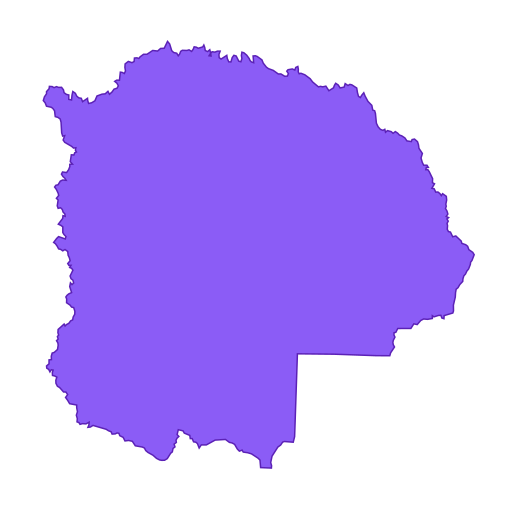 Padre Bernardo, Goiás, Brazil (Natural Earth projection), rotated 2°
{"feature_id": "56859067B81669958335053", "entity_name": "Padre Bernardo", "entity_type": "district", "adm_level": 2, "iso_a3": "BRA", "parent_name": "Brazil", "parent_adm1": "Goiás", "projection": "natural_earth1", "projection_center": [-48.332, -15.373], "detail": "fine", "context": "isolated", "style": "filled", "palette": "violet", "viewbox_px": 512, "rotation_deg": 2, "n_neighbors": 0, "source": "geoboundaries", "source_scale": "gbopen_adm2", "svg_char_len": 5841}
<svg xmlns="http://www.w3.org/2000/svg" viewBox="0 0 512 512"><g transform="rotate(2 256 256)"><path d="M278.8,467.4L278.9,465.0L277.9,461.9L279.0,455.5L284.5,446.2L287.2,444.1L289.1,441.1L290.8,440.4L299.7,440.8L300.9,435.2L300.8,352.3L337.4,351.4L379.7,351.4L393.2,351.0L393.9,348.1L397.6,342.1L396.3,339.9L395.8,337.6L396.2,335.4L397.7,332.2L396.6,330.1L396.7,327.8L398.4,327.4L400.2,323.5L413.3,323.0L416.1,318.3L419.5,318.9L422.9,314.7L425.7,313.1L429.7,313.3L434.4,312.3L434.3,309.5L436.0,310.6L440.2,309.1L442.8,308.8L443.9,311.5L446.0,312.1L446.1,309.0L454.7,306.1L455.3,304.0L455.0,298.2L456.6,290.1L456.7,285.7L457.2,282.2L459.0,280.6L460.7,277.4L463.5,274.2L463.6,271.6L464.4,268.6L466.0,266.7L467.2,263.8L468.9,261.6L470.5,257.0L470.7,254.7L472.0,252.9L474.0,247.1L472.5,244.8L468.5,242.2L467.2,238.9L465.2,237.4L461.3,236.2L460.5,233.8L455.0,229.0L451.9,229.9L449.5,225.3L447.5,224.9L446.2,222.6L446.4,219.0L445.8,216.7L446.9,214.5L445.5,212.3L447.1,210.9L444.7,209.9L446.3,207.4L445.3,204.4L443.7,201.9L444.4,199.7L443.9,197.6L444.6,193.4L444.1,189.7L440.3,187.2L439.1,189.2L437.6,187.2L435.6,185.7L433.4,185.9L431.7,182.6L429.4,182.2L431.9,177.6L429.8,176.6L429.8,172.5L426.2,165.7L424.7,163.7L422.7,163.8L423.1,161.6L425.1,161.4L423.7,159.3L420.4,159.4L418.9,156.6L417.5,152.3L418.7,147.7L415.1,142.7L414.5,139.2L413.4,136.1L410.3,133.6L407.9,134.2L407.2,136.2L402.8,135.7L400.7,132.8L397.4,130.8L395.1,130.1L393.3,128.3L390.9,126.8L388.7,128.6L386.8,127.0L383.0,126.1L381.1,127.8L380.3,124.9L378.5,126.0L375.9,125.1L373.5,122.6L371.7,119.1L370.4,109.4L369.5,106.7L367.6,106.1L366.5,101.4L362.5,97.6L359.4,92.3L358.0,89.1L356.0,91.7L354.8,94.0L352.9,92.9L351.7,89.2L350.8,84.6L345.8,81.6L343.8,81.2L342.0,82.4L339.1,80.6L338.2,84.1L334.2,85.1L332.2,82.2L329.6,80.6L328.4,82.7L327.6,85.2L323.1,88.3L319.9,83.8L316.8,84.6L314.5,84.2L312.5,84.8L306.5,80.1L303.9,76.9L298.5,73.2L294.5,71.8L292.8,72.4L291.8,70.5L291.8,67.9L291.2,65.1L289.1,66.2L288.3,68.8L285.8,67.8L281.5,68.7L280.3,70.2L282.0,72.6L281.1,75.1L278.5,75.4L274.6,73.2L271.9,73.3L266.8,69.9L261.9,68.3L259.8,66.9L256.5,63.0L255.1,59.8L250.2,56.5L248.3,55.9L246.1,56.2L246.9,62.9L244.6,62.2L243.2,60.8L242.3,58.9L239.7,55.6L236.8,53.3L234.8,52.8L234.4,56.2L235.0,59.2L234.1,62.4L232.0,61.9L229.2,56.8L226.9,56.2L225.3,58.5L224.2,62.9L222.0,62.9L220.4,59.6L219.8,56.5L214.2,60.4L212.3,59.1L211.9,56.0L213.0,52.5L210.3,52.6L207.8,53.7L205.1,53.4L203.6,54.9L202.6,51.5L200.5,53.4L198.1,52.4L197.5,49.4L196.5,47.0L195.5,48.9L191.0,50.4L189.1,49.4L186.9,49.1L186.0,51.6L184.5,53.8L181.9,52.3L179.8,53.0L175.2,53.0L173.6,54.1L172.6,56.9L171.3,58.6L169.7,56.1L166.6,55.5L164.6,53.7L162.3,47.1L160.1,44.6L157.0,51.6L153.4,51.9L150.5,54.6L145.6,54.2L140.0,58.2L136.6,58.3L133.2,61.0L132.0,62.7L130.1,62.1L127.6,62.4L127.4,65.9L125.3,67.1L121.6,66.0L118.5,68.6L118.4,72.1L119.1,75.7L118.0,78.2L115.9,77.2L114.0,77.0L113.4,85.1L110.7,85.1L108.7,86.4L111.0,88.2L112.5,90.8L111.2,93.2L108.3,94.2L106.4,97.1L103.9,99.5L102.3,96.6L99.6,99.2L96.5,99.6L91.5,101.6L89.6,106.5L86.4,108.6L83.4,109.4L82.4,106.5L82.1,104.3L77.3,107.8L75.9,104.5L73.3,104.1L71.2,102.4L69.8,99.7L67.2,98.0L66.5,101.7L66.2,106.5L63.4,106.0L63.3,101.6L60.9,101.1L58.5,99.5L57.8,96.7L55.8,94.2L52.8,94.4L50.7,93.7L48.3,94.8L46.4,93.8L43.6,93.7L43.4,96.0L40.9,99.0L41.0,101.2L39.0,104.3L38.0,108.1L39.9,110.2L41.4,113.6L46.2,114.5L47.8,115.6L49.6,117.9L50.5,123.7L53.2,124.4L55.5,125.9L56.5,129.1L57.5,139.7L58.6,142.9L60.6,142.4L59.2,146.8L60.9,149.1L68.0,152.9L69.9,154.5L72.2,154.1L71.8,156.6L72.9,158.3L71.2,159.2L70.5,161.4L67.9,161.3L67.1,168.2L69.4,170.6L66.7,170.9L66.8,173.2L65.7,176.3L63.8,179.2L59.7,178.8L58.7,181.0L60.3,183.3L62.3,185.0L63.6,187.0L60.1,186.8L57.8,188.0L55.7,191.7L53.5,192.3L52.3,194.1L54.2,196.5L56.1,200.2L56.7,202.4L54.5,205.3L56.3,207.0L55.6,212.8L56.6,215.3L59.0,214.6L60.8,216.3L61.7,218.9L63.5,220.6L63.9,223.0L61.7,222.4L61.5,225.2L57.3,231.1L60.1,232.3L61.9,233.6L62.1,239.3L63.4,241.3L65.4,243.2L64.8,245.6L58.0,243.5L56.1,245.5L53.3,249.5L55.1,250.7L56.8,252.9L58.5,255.8L60.6,256.2L62.7,257.6L64.9,256.2L67.7,258.1L68.2,261.8L69.5,264.2L70.4,267.2L68.1,270.1L69.4,272.0L71.4,271.8L70.2,274.0L72.2,274.8L73.5,276.6L70.9,282.5L71.9,285.1L73.9,286.6L74.7,289.4L73.1,291.0L71.5,289.3L70.9,293.1L73.0,299.0L70.2,300.4L68.5,301.9L67.4,303.6L68.3,305.6L68.3,309.3L71.8,311.5L73.5,313.5L75.6,313.9L76.9,317.6L76.9,320.5L75.4,323.4L75.0,326.2L73.0,327.3L71.3,329.8L68.9,331.2L67.6,332.6L66.6,330.7L60.8,336.3L60.7,339.6L61.5,341.9L60.3,343.5L61.2,345.9L59.6,347.6L61.0,349.7L61.4,352.0L60.9,356.3L57.7,359.4L55.7,360.1L54.9,363.3L55.2,366.7L52.8,367.0L52.9,371.0L50.5,373.2L50.8,375.4L52.8,376.6L54.1,379.0L55.4,376.8L57.2,377.1L56.5,379.8L56.8,382.5L58.9,382.9L61.2,384.0L60.3,387.1L60.5,390.2L62.1,393.1L64.3,394.3L68.4,398.6L70.8,398.6L72.6,401.1L70.6,404.0L72.8,406.8L74.9,410.1L82.0,411.2L82.1,413.9L83.0,417.9L82.0,421.4L83.1,424.7L82.9,428.0L84.9,428.7L86.0,430.4L88.4,429.6L92.0,429.7L95.0,427.9L94.9,430.7L94.0,433.1L96.5,432.7L99.0,431.0L112.3,434.4L114.7,435.8L117.3,436.7L118.4,439.0L121.5,438.7L123.3,437.7L125.2,438.0L126.1,440.3L129.6,441.9L131.5,445.4L135.1,444.8L138.9,445.5L142.0,449.9L149.1,450.9L151.2,451.8L152.6,454.3L154.9,456.1L160.0,458.7L163.6,461.7L166.8,463.2L168.9,463.5L171.8,463.3L174.4,461.6L177.6,456.1L179.2,454.7L179.8,451.2L181.7,449.6L180.7,446.9L182.9,445.1L182.5,442.9L183.4,440.9L185.2,439.0L183.4,437.2L184.4,432.3L189.2,433.3L190.5,435.5L196.1,437.6L196.7,440.8L198.6,440.7L200.1,443.9L202.4,444.2L204.0,445.5L205.9,449.9L207.9,446.7L213.0,446.5L221.6,441.4L231.9,440.4L235.9,443.2L238.7,443.7L241.2,445.0L244.1,449.6L246.2,451.6L248.9,450.5L250.1,452.4L254.6,452.9L258.4,453.9L265.0,457.9L267.1,459.8L268.0,467.3L278.8,467.4ZM203.6,54.9L204.1,57.7L202.1,57.5L203.6,54.9Z" fill="#8b5cf6" stroke="#5b21b6" stroke-width="1.5"/></g></svg>